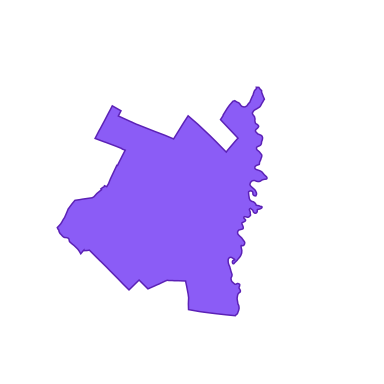 outline of Sirna, Prahova, Romania, rotated 224°
{"feature_id": "2599482B16064748889643", "entity_name": "Sirna", "entity_type": "district", "adm_level": 2, "iso_a3": "ROU", "parent_name": "Romania", "parent_adm1": "Prahova", "projection": "albers", "projection_center": [25.931, 44.787], "detail": "fine", "context": "isolated", "style": "filled", "palette": "violet", "viewbox_px": 384, "rotation_deg": 224, "n_neighbors": 0, "source": "geoboundaries", "source_scale": "gbopen_adm2", "svg_char_len": 6048}
<svg xmlns="http://www.w3.org/2000/svg" viewBox="0 0 384 384"><g transform="rotate(224 192 192)"><path d="M177.2,277.4L178.0,278.9L178.6,279.7L179.1,280.2L179.9,280.6L180.9,280.9L181.5,280.8L181.9,280.7L183.5,280.1L185.0,279.5L187.7,279.6L188.2,279.7L188.7,279.9L189.0,280.2L189.4,281.2L189.4,281.9L189.2,283.1L189.3,284.4L189.4,284.9L189.7,285.6L190.1,285.8L191.8,286.0L192.9,285.6L193.5,285.6L193.9,285.5L194.3,285.7L194.8,285.9L196.3,286.9L197.4,288.3L199.4,289.6L202.2,290.0L203.1,290.5L203.5,290.8L203.9,292.6L204.0,293.3L204.0,294.1L203.4,296.2L203.2,296.8L202.5,299.7L202.4,300.3L202.4,300.6L202.5,301.4L202.7,302.2L203.4,304.6L203.6,305.7L204.3,308.2L204.3,308.9L204.9,309.3L206.5,309.9L211.2,312.1L212.4,313.3L214.5,313.3L216.6,313.7L218.5,312.0L217.5,311.3L217.5,309.0L217.3,307.9L216.3,305.7L215.4,304.1L215.1,302.8L214.4,300.9L213.3,298.0L212.9,297.2L212.8,296.7L212.8,294.8L212.4,292.4L212.4,292.0L212.5,291.5L212.7,290.9L213.0,290.1L213.3,289.7L213.9,289.1L215.1,288.5L215.6,288.2L217.0,288.2L219.3,288.7L220.5,288.6L222.2,287.9L223.7,287.6L224.7,287.4L224.9,286.8L225.4,286.2L225.6,285.8L225.4,281.8L225.3,280.3L224.8,276.9L224.2,274.0L223.1,269.0L222.7,268.5L222.1,265.7L221.8,263.9L221.0,263.8L196.3,262.7L196.2,258.8L195.7,250.9L195.4,246.4L195.1,244.5L209.9,244.9L218.0,245.0L234.9,244.8L247.7,244.1L246.2,236.3L242.1,217.4L251.1,213.9L260.6,209.8L278.3,202.5L278.6,202.3L297.8,195.5L299.5,201.1L309.2,198.6L308.0,194.7L307.4,192.5L306.3,188.7L304.6,183.0L302.1,174.2L301.4,171.4L298.9,163.2L289.3,167.4L289.2,167.5L278.8,172.0L273.4,174.2L272.8,174.4L272.0,174.4L269.1,175.7L267.3,169.7L264.2,159.8L264.0,159.3L264.6,159.0L259.8,144.8L257.8,139.9L257.3,137.7L257.0,136.6L259.3,135.7L258.9,135.0L259.0,134.3L259.4,133.2L259.7,131.0L258.7,130.8L259.4,124.8L259.2,120.5L259.8,118.5L262.7,114.8L265.8,110.8L267.3,108.7L270.4,104.7L270.1,100.3L269.6,96.4L269.5,95.8L269.3,93.9L267.1,88.3L265.9,85.0L265.5,82.7L264.8,80.2L264.3,77.8L264.2,75.2L264.2,72.8L262.5,72.2L262.1,72.1L261.7,72.2L261.1,71.9L260.0,71.1L259.6,71.0L258.1,70.5L256.7,70.5L254.5,70.3L253.0,70.4L252.0,70.8L250.5,72.1L249.5,72.6L248.7,72.8L247.7,72.6L246.0,71.4L245.3,71.2L242.6,71.3L239.7,71.6L235.0,71.6L234.0,71.5L231.9,71.1L229.1,70.3L229.4,73.9L229.4,75.2L228.9,74.8L226.9,76.9L225.4,78.9L214.8,78.7L211.8,78.7L211.2,78.6L210.5,78.6L210.2,78.7L201.1,78.6L195.7,78.4L185.0,78.2L177.6,77.9L169.3,77.8L168.9,91.9L156.4,91.7L153.5,98.8L152.8,100.7L151.8,102.9L151.2,104.6L149.3,109.6L148.5,111.3L147.1,112.3L144.6,114.7L143.2,115.8L140.2,118.7L134.8,123.5L130.1,120.3L124.0,116.0L121.0,113.6L116.9,109.0L112.8,105.0L103.7,111.1L100.4,113.5L91.3,120.3L82.1,127.4L74.9,133.1L75.0,133.8L74.8,135.8L74.9,136.2L75.7,138.0L76.3,139.4L77.3,141.0L78.4,142.0L79.5,142.8L81.6,143.6L82.5,144.4L85.1,146.3L85.9,147.1L87.6,149.6L88.0,150.5L88.1,151.3L88.1,152.3L87.9,153.3L87.9,153.7L88.1,154.0L88.6,154.6L89.4,155.0L91.2,155.5L91.8,156.0L92.1,156.3L92.4,157.4L93.2,158.4L93.4,158.6L93.8,158.7L95.4,158.1L95.9,157.6L96.2,156.5L96.4,156.0L97.3,155.4L100.1,155.3L101.0,155.3L101.8,155.5L103.3,156.4L103.9,156.9L104.4,157.7L104.7,158.8L104.9,159.2L105.3,159.8L105.7,160.3L106.5,160.8L109.2,162.2L110.6,163.1L111.2,163.4L113.0,164.5L114.8,165.2L116.3,166.0L117.7,167.1L119.1,168.6L119.3,169.0L119.5,170.2L119.5,170.6L119.3,171.2L119.0,171.7L118.1,172.4L116.2,172.8L114.8,173.1L114.4,173.1L114.3,172.9L114.2,172.8L114.9,171.1L114.9,170.6L114.6,170.0L113.9,169.3L113.3,169.0L112.8,168.9L112.3,169.2L112.2,169.3L112.1,169.8L112.2,170.7L112.1,174.1L112.3,175.8L112.4,178.0L112.6,179.3L112.9,180.4L113.3,181.3L113.8,182.5L114.7,183.6L115.7,184.7L118.0,186.2L119.3,187.3L119.4,187.8L118.6,188.2L118.1,188.7L117.8,189.4L117.8,190.1L117.8,190.4L118.1,191.1L118.6,191.9L119.1,192.4L119.9,192.7L124.5,193.5L127.2,193.4L129.4,193.5L129.9,193.7L130.7,194.2L131.5,195.0L131.8,196.0L131.9,196.5L131.8,197.3L131.4,198.0L130.0,200.3L129.8,200.9L129.9,201.3L130.1,201.7L130.9,202.4L132.1,203.0L133.9,203.7L134.5,204.2L134.6,204.7L133.6,207.6L133.6,208.3L133.9,209.0L134.3,209.2L136.2,209.2L136.6,209.3L136.9,209.5L137.2,210.0L137.2,210.6L136.9,210.9L136.0,211.6L134.8,212.2L134.4,212.4L134.1,212.8L133.8,213.4L133.7,214.0L133.7,215.6L133.8,216.0L134.1,216.3L135.2,217.0L136.0,217.9L136.6,218.3L137.9,218.8L138.5,219.2L138.7,219.4L138.8,219.7L138.8,220.1L138.7,220.4L138.6,220.8L135.7,221.1L135.2,220.9L134.1,220.3L133.5,220.2L132.3,220.3L131.9,220.6L131.6,220.8L131.3,221.2L131.2,221.8L131.2,222.4L131.4,223.1L131.6,223.3L132.1,224.0L132.7,224.5L132.8,224.8L132.6,225.2L131.8,226.2L131.1,227.6L130.8,228.7L130.8,229.2L131.0,229.6L131.2,229.9L131.4,229.9L132.1,229.8L132.4,229.4L132.7,229.2L134.1,228.7L135.0,228.2L136.1,227.4L136.7,227.1L137.4,227.5L137.9,227.6L138.8,227.8L139.8,227.8L141.1,227.6L142.7,226.7L143.7,226.6L144.5,226.5L145.4,226.8L146.2,227.1L148.9,229.1L151.0,230.9L151.4,231.4L151.3,232.2L151.1,232.7L150.5,233.7L149.6,234.1L148.9,234.2L148.4,234.2L147.5,233.6L146.8,232.8L145.9,232.5L145.0,232.5L144.7,232.6L143.7,233.2L143.4,233.6L143.9,234.9L144.0,235.2L144.8,236.0L145.4,236.3L146.9,236.9L148.1,237.2L149.7,237.2L153.1,237.0L154.3,237.1L155.1,237.4L155.5,237.5L155.7,237.8L156.3,238.9L156.5,239.6L156.6,240.7L156.5,241.6L156.1,242.5L155.6,243.1L155.0,243.7L154.5,244.0L153.3,244.4L152.1,245.1L151.1,246.0L150.9,246.3L150.4,247.2L150.3,247.7L150.1,248.7L149.8,249.7L148.9,251.2L147.6,252.8L147.4,253.2L147.5,253.8L147.8,254.2L148.1,254.4L148.6,254.6L149.2,254.7L152.0,254.6L154.4,254.9L155.5,255.0L156.7,254.8L158.0,254.4L158.7,254.1L161.0,253.0L161.8,252.7L162.4,252.6L162.8,252.6L163.5,252.9L163.8,253.3L164.2,253.8L164.3,254.1L164.3,254.6L164.1,255.9L163.8,256.5L162.9,258.3L162.8,258.6L162.9,258.8L163.9,260.1L164.2,260.5L164.4,261.1L164.7,262.1L165.0,262.9L165.8,264.4L166.3,265.7L167.0,266.6L167.3,266.9L167.8,267.2L171.5,267.7L174.7,267.5L175.3,267.7L176.0,268.3L176.4,268.8L176.5,269.2L176.5,269.6L176.4,270.1L175.5,272.3L175.3,273.2L175.3,273.7L175.5,274.5L175.9,275.3L176.8,276.4L177.1,276.9L177.2,277.4Z" fill="#8b5cf6" stroke="#5b21b6" stroke-width="1.5"/></g></svg>